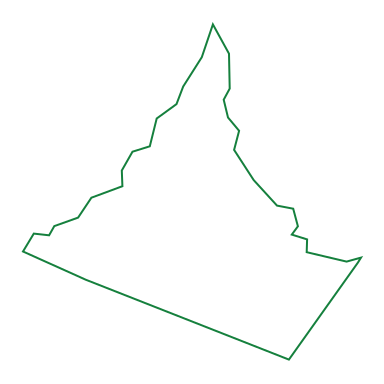 outline of Greene, Virginia, United States of America
{"feature_id": "52423323B83687040652424", "entity_name": "Greene", "entity_type": "district", "adm_level": 2, "iso_a3": "USA", "parent_name": "United States of America", "parent_adm1": "Virginia", "projection": "orthographic", "projection_center": [-78.466, 38.33], "detail": "fine", "context": "isolated", "style": "outline", "palette": "green", "viewbox_px": 384, "rotation_deg": 0, "n_neighbors": 0, "source": "geoboundaries", "source_scale": "gbopen_adm2", "svg_char_len": 521}
<svg xmlns="http://www.w3.org/2000/svg" viewBox="0 0 384 384"><path d="M183.2,86.5L176.5,104.1L156.7,118.5L149.8,146.3L132.5,151.7L121.8,170.5L122.4,186.2L91.4,197.7L78.1,217.6L54.3,226.1L49.1,235.3L33.8,233.6L23.0,251.5L85.7,279.7L288.9,359.6L357.9,262.6L361.0,257.6L346.6,261.6L306.7,252.2L307.1,239.4L291.8,234.6L297.9,226.3L293.2,208.7L277.0,205.6L253.7,180.1L234.1,149.9L239.1,130.8L228.0,117.5L223.7,99.7L229.7,88.6L229.0,53.7L212.9,24.4L201.8,57.2L183.2,86.5Z" fill="none" stroke="#15803d" stroke-width="2"/></svg>